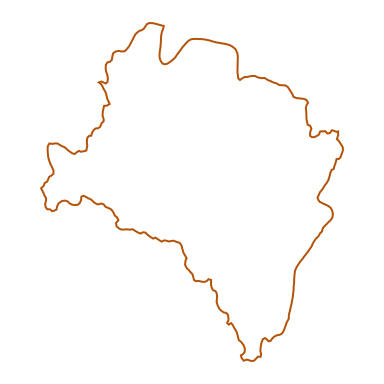 Carmo do Rio Claro, Minas Gerais, Brazil (Equal Earth projection)
{"feature_id": "56859067B34842563425627", "entity_name": "Carmo do Rio Claro", "entity_type": "district", "adm_level": 2, "iso_a3": "BRA", "parent_name": "Brazil", "parent_adm1": "Minas Gerais", "projection": "equal_earth", "projection_center": [-46.114, -20.993], "detail": "fine", "context": "isolated", "style": "outline", "palette": "amber", "viewbox_px": 384, "rotation_deg": 0, "n_neighbors": 0, "source": "geoboundaries", "source_scale": "gbopen_adm2", "svg_char_len": 5037}
<svg xmlns="http://www.w3.org/2000/svg" viewBox="0 0 384 384"><path d="M288.8,318.7L288.8,315.6L289.3,313.0L290.0,310.5L290.6,307.6L291.4,304.4L291.9,301.6L292.7,297.7L293.2,293.8L293.6,289.5L293.7,286.0L294.1,283.0L294.2,278.9L294.5,274.8L295.0,270.8L296.2,268.0L297.4,265.8L298.7,263.9L300.3,261.5L302.5,258.9L303.9,256.8L305.7,254.6L308.1,251.5L310.2,248.4L311.8,246.0L312.7,243.7L314.1,241.3L316.1,238.5L318.6,236.0L320.1,233.3L322.0,231.5L322.8,228.2L324.8,225.8L326.4,224.3L328.2,222.4L330.3,220.5L332.4,217.7L332.9,213.4L331.9,209.9L330.4,207.6L328.4,206.0L326.1,204.9L323.7,203.8L321.5,202.7L319.7,201.8L318.3,199.9L317.5,197.4L318.8,195.0L320.0,192.2L321.7,190.2L323.3,187.9L324.8,185.4L326.8,182.8L328.3,180.2L329.4,176.8L330.3,173.0L331.7,169.9L333.6,169.1L334.2,166.8L335.2,164.0L335.9,161.6L336.6,159.0L339.0,158.9L340.7,156.8L341.7,153.7L342.8,151.0L342.9,147.7L341.7,145.4L340.1,143.0L338.7,140.7L336.9,139.2L338.2,135.0L338.1,131.4L336.3,131.9L334.5,131.0L332.0,130.2L329.8,133.1L327.3,133.5L325.3,131.2L322.6,131.4L320.2,131.4L318.8,134.7L316.2,136.3L314.0,137.2L311.9,137.1L310.1,135.9L310.1,132.2L311.4,128.8L310.1,125.7L307.7,124.8L307.1,122.1L306.5,119.4L306.4,115.1L306.2,110.9L305.8,107.7L306.7,104.8L308.1,102.8L306.4,100.0L304.3,99.0L301.8,98.6L296.6,98.1L293.5,96.9L292.3,94.1L290.8,91.6L289.3,89.3L287.7,86.9L285.4,85.4L282.7,85.3L279.3,85.1L276.8,83.5L275.0,83.0L272.7,82.2L270.7,81.1L268.4,80.3L266.3,79.1L264.5,77.9L262.2,78.2L259.9,77.9L257.4,77.2L255.0,76.0L252.3,76.0L249.7,76.4L247.3,76.9L244.7,77.0L242.4,78.2L240.0,80.0L238.2,78.3L237.9,75.3L237.5,72.6L237.5,69.8L237.6,65.5L237.7,60.6L237.8,56.9L237.5,53.8L236.5,51.2L235.2,48.9L233.1,47.1L230.2,45.3L227.6,44.5L225.7,44.0L223.8,43.6L221.8,43.4L219.3,42.9L216.9,42.5L215.0,42.1L212.9,41.5L210.0,40.6L207.5,40.0L204.3,39.4L201.1,39.1L198.5,39.0L195.9,38.9L193.3,39.0L191.1,39.3L188.6,40.7L186.1,43.1L184.5,45.0L182.7,46.9L181.4,48.9L179.9,50.8L178.5,52.7L176.9,54.9L175.7,56.8L173.8,58.9L171.9,60.5L169.4,62.4L167.3,63.7L164.9,64.3L162.4,63.5L160.5,60.6L159.6,57.3L159.5,54.8L159.8,51.5L160.5,47.1L160.8,42.7L161.0,37.7L161.4,34.0L162.1,31.4L163.1,28.7L163.8,26.0L161.1,25.3L158.9,24.7L156.4,24.0L153.0,23.2L149.5,23.0L147.1,24.0L145.4,26.4L143.6,29.0L141.6,30.2L139.8,30.7L137.9,31.9L135.6,34.1L134.1,36.6L132.7,39.5L130.8,43.0L129.2,46.2L127.7,48.0L126.4,49.6L124.7,51.2L121.9,51.5L118.7,50.9L115.6,51.5L113.1,53.4L112.4,56.3L111.8,59.9L110.0,61.7L107.4,62.4L105.8,65.0L105.7,68.9L106.2,71.8L107.3,74.8L107.9,78.5L107.5,81.9L105.8,83.5L103.7,82.6L101.7,81.5L98.9,82.5L100.7,83.8L102.3,86.0L103.6,88.9L105.2,91.5L106.2,94.1L106.8,96.9L107.6,99.7L109.7,104.0L106.6,105.7L104.1,105.8L103.5,108.3L102.8,111.6L102.6,115.9L103.6,118.8L103.6,121.4L101.6,123.2L100.1,126.9L97.9,128.3L96.0,128.3L94.0,129.7L92.1,132.6L91.2,135.7L89.3,135.8L87.3,137.7L86.8,142.3L87.3,145.8L86.3,150.6L83.2,151.4L80.8,151.7L79.0,150.9L76.9,152.1L74.7,154.0L72.2,153.3L70.1,151.8L68.2,150.5L66.4,148.8L64.5,147.2L62.3,146.3L59.9,145.0L57.6,143.5L54.9,143.4L52.8,143.9L49.4,143.5L47.8,146.2L47.6,149.3L47.8,153.1L48.3,157.5L49.1,160.3L50.0,163.0L51.4,166.0L52.5,168.2L53.5,170.7L53.4,173.9L51.4,175.6L49.3,176.8L48.2,179.2L47.2,181.6L44.7,183.0L43.6,185.9L41.1,188.3L43.2,192.4L44.4,195.3L46.1,198.2L45.9,201.3L45.1,204.2L45.6,207.0L47.2,209.2L50.2,209.4L52.1,211.2L54.1,210.7L56.5,209.6L57.1,206.4L58.6,203.3L62.0,201.0L65.0,200.6L67.4,201.3L69.6,203.3L72.2,204.7L74.5,205.0L77.8,204.8L79.9,202.8L81.0,200.3L81.4,196.7L83.5,195.8L85.6,196.7L88.0,198.2L89.9,198.9L92.0,200.3L93.7,202.1L95.3,203.2L97.3,204.3L99.3,204.2L101.4,203.5L103.7,204.4L105.5,206.8L108.3,208.0L110.6,209.0L112.2,210.6L113.5,212.6L114.8,215.5L117.1,217.4L118.4,220.2L115.9,223.2L116.7,226.5L118.9,228.3L120.7,229.4L123.5,229.6L126.9,229.3L130.0,229.7L132.7,229.2L135.0,230.8L138.0,232.5L140.5,233.6L142.7,232.3L145.4,232.6L147.6,234.8L150.7,237.1L153.3,238.6L155.4,237.6L157.1,238.7L159.0,240.0L161.6,241.6L164.1,240.4L166.6,240.7L168.8,241.5L171.3,241.0L173.9,240.7L175.9,241.7L178.0,242.3L180.1,243.2L181.6,245.7L182.5,249.4L183.4,252.6L184.7,254.9L186.6,258.0L185.4,261.2L185.1,265.0L186.8,268.2L188.7,270.0L190.4,272.0L192.5,274.3L193.3,277.2L194.0,280.0L195.9,281.2L198.7,280.9L201.6,281.7L204.6,281.9L206.7,281.1L208.6,279.2L211.1,280.0L211.0,284.9L212.1,288.7L213.4,290.4L215.5,291.1L216.7,293.4L217.1,296.2L216.9,298.8L216.6,302.0L217.8,305.8L219.5,309.0L221.7,311.1L223.7,312.4L226.1,312.9L227.8,314.6L228.4,317.6L228.5,320.2L227.1,323.0L228.8,324.6L231.0,323.1L232.7,324.9L233.7,327.0L235.3,329.6L236.7,332.3L237.8,336.0L238.7,340.0L241.2,342.0L243.6,345.1L244.9,348.8L244.6,352.2L242.9,354.2L240.9,355.3L241.5,357.8L243.7,360.7L247.0,359.6L249.2,360.3L251.4,361.0L254.1,360.7L256.2,358.5L258.0,356.6L260.6,356.8L261.2,354.2L260.4,351.3L260.6,347.7L261.3,343.2L262.9,339.1L265.2,338.1L267.0,339.6L268.6,341.3L270.6,340.9L272.2,338.5L274.3,336.6L276.6,335.4L279.9,334.7L281.8,333.7L283.3,331.6L284.5,328.8L285.7,325.3L286.8,322.2L288.8,318.7Z" fill="none" stroke="#b45309" stroke-width="2"/></svg>